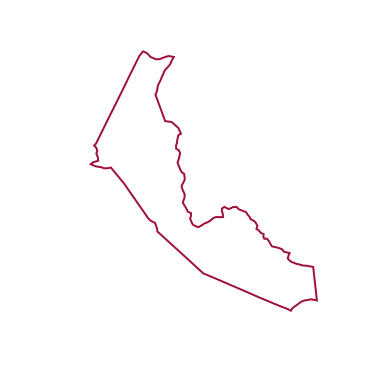 the district of Antônio Gonçalves, Bahia, Brazil, rotated 247°
{"feature_id": "56859067B38466194714379", "entity_name": "Antônio Gonçalves", "entity_type": "district", "adm_level": 2, "iso_a3": "BRA", "parent_name": "Brazil", "parent_adm1": "Bahia", "projection": "mercator", "projection_center": [-40.353, -10.606], "detail": "fine", "context": "isolated", "style": "outline", "palette": "rose", "viewbox_px": 384, "rotation_deg": 247, "n_neighbors": 0, "source": "geoboundaries", "source_scale": "gbopen_adm2", "svg_char_len": 2118}
<svg xmlns="http://www.w3.org/2000/svg" viewBox="0 0 384 384"><g transform="rotate(247 192 192)"><path d="M340.6,201.7L337.7,196.6L334.9,193.3L321.0,177.1L318.4,174.2L316.6,172.1L311.4,166.1L299.1,151.8L297.6,149.9L274.1,122.6L273.0,120.1L270.3,121.1L267.1,121.0L264.6,118.9L260.8,118.9L257.4,117.9L258.0,112.5L257.2,109.7L255.0,111.7L252.8,114.0L251.3,116.5L250.0,118.5L248.2,120.3L246.9,123.4L246.2,126.9L226.1,132.8L189.4,140.5L184.8,141.4L181.4,142.9L178.0,145.9L172.0,145.6L169.2,144.7L128.5,163.4L112.8,170.5L105.8,177.3L77.8,204.1L75.7,206.1L70.0,211.4L61.6,219.6L53.3,227.7L47.6,233.6L44.1,236.7L45.9,239.1L48.4,250.1L48.2,253.3L47.5,255.5L46.9,259.2L45.0,262.3L43.4,264.6L75.7,274.3L77.2,271.9L79.4,268.7L80.6,266.0L82.0,264.1L83.6,262.2L85.1,260.0L87.0,258.1L88.7,256.4L90.9,254.9L93.5,254.2L96.2,256.4L97.7,258.0L99.4,255.5L101.2,253.2L103.9,252.7L106.7,249.9L108.9,246.9L110.7,244.4L113.3,243.9L116.4,243.7L119.8,242.7L120.6,240.3L122.9,240.2L125.3,241.5L127.5,239.3L130.8,238.4L132.8,236.9L135.2,239.0L137.6,238.8L139.8,238.5L142.1,237.0L144.4,235.2L146.7,235.3L148.9,234.5L152.3,233.9L155.6,230.6L157.8,228.3L160.9,227.1L162.1,223.8L161.9,221.6L162.0,219.1L165.7,215.9L165.0,213.1L162.7,212.0L160.3,211.9L156.7,210.8L158.1,207.6L159.6,204.2L159.6,201.0L158.5,197.8L158.1,194.7L158.1,190.8L157.4,187.1L157.2,183.9L159.4,181.7L161.7,180.0L164.3,179.8L168.3,179.9L170.4,181.7L172.9,182.8L175.6,180.4L179.1,180.3L182.7,179.8L185.5,179.4L187.3,180.6L189.4,182.6L192.4,184.3L195.1,184.3L198.9,184.2L201.7,184.8L203.8,187.4L206.3,190.2L208.9,191.1L211.7,191.9L213.9,190.4L216.9,190.0L224.5,190.1L227.2,192.4L232.2,196.2L235.5,196.2L238.1,194.3L240.9,195.4L242.9,197.2L245.4,198.6L247.3,200.0L249.6,201.5L250.0,204.7L256.4,204.4L264.4,200.6L267.7,195.0L295.8,196.4L297.5,198.2L299.7,200.0L302.0,201.3L304.3,203.2L306.1,205.5L307.8,207.4L309.8,209.3L311.4,211.2L313.4,213.1L315.0,215.1L316.3,218.4L318.1,221.7L320.6,224.4L323.4,228.0L326.2,223.8L326.6,221.3L326.9,217.6L326.9,214.1L328.3,210.6L330.4,208.6L332.5,206.6L335.3,205.6L338.0,204.4L340.6,201.7Z" fill="none" stroke="#9f1239" stroke-width="2"/></g></svg>